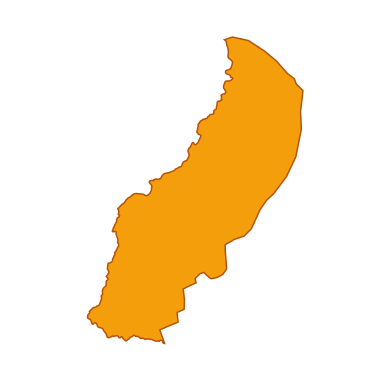 outline of La Paz, Canelones, Uruguay, rotated 75°
{"feature_id": "84410073B15963405844434", "entity_name": "La Paz", "entity_type": "district", "adm_level": 2, "iso_a3": "URY", "parent_name": "Uruguay", "parent_adm1": "Canelones", "projection": "albers", "projection_center": [-56.267, -34.726], "detail": "fine", "context": "isolated", "style": "filled", "palette": "amber", "viewbox_px": 384, "rotation_deg": 75, "n_neighbors": 0, "source": "geoboundaries", "source_scale": "gbopen_adm2", "svg_char_len": 6096}
<svg xmlns="http://www.w3.org/2000/svg" viewBox="0 0 384 384"><g transform="rotate(75 192 192)"><path d="M53.3,121.3L54.6,120.3L55.7,120.1L57.0,120.1L59.2,120.4L61.2,120.1L64.0,120.2L66.8,120.8L70.2,122.1L71.4,122.2L72.4,121.9L73.8,120.7L75.5,119.6L76.2,119.3L77.8,119.5L81.1,121.4L82.4,122.5L82.7,122.8L83.1,123.7L83.5,125.0L83.4,127.1L83.8,128.1L84.4,128.5L85.3,128.7L86.6,128.3L86.8,127.9L87.3,127.4L87.7,126.6L89.1,125.0L89.9,124.8L90.6,125.0L91.4,124.7L92.0,123.6L92.3,123.4L92.5,123.3L92.9,123.3L93.2,123.5L94.2,125.7L94.4,126.5L94.4,127.5L93.8,129.2L93.8,131.0L94.7,131.9L97.3,133.8L99.1,134.5L99.7,134.6L100.2,134.5L101.8,133.8L102.5,133.8L103.3,133.4L104.5,133.6L104.8,133.9L105.7,135.3L105.7,135.6L105.4,136.2L105.4,136.6L105.8,138.3L106.1,138.8L106.4,139.0L107.0,138.8L107.6,138.9L109.2,139.5L110.0,139.3L110.7,139.3L111.0,139.7L111.0,141.0L111.6,141.9L111.6,142.2L111.2,142.7L111.1,143.0L111.1,143.3L111.4,144.0L112.2,144.6L114.1,145.2L116.1,146.4L117.0,146.6L117.8,147.0L118.4,147.6L118.4,148.5L118.8,148.9L119.1,149.7L119.7,150.0L120.4,150.1L120.9,150.5L121.3,150.7L121.5,150.6L122.0,151.0L122.2,152.2L121.9,153.9L121.9,154.6L123.0,155.9L123.6,157.4L124.4,157.9L124.6,158.3L124.6,159.8L125.1,160.8L124.8,161.1L124.7,161.5L124.7,162.8L125.0,163.2L125.3,163.7L125.4,164.3L125.7,164.7L125.6,165.5L126.6,166.5L127.3,166.8L127.5,167.2L127.4,167.7L127.7,168.1L128.2,168.5L129.1,168.8L130.0,168.7L131.4,169.9L132.2,170.2L132.8,170.1L134.4,171.5L135.5,171.7L135.9,171.6L136.5,171.0L136.9,171.1L137.5,171.0L137.9,170.8L138.6,169.9L139.3,168.8L139.6,168.7L139.9,168.8L140.7,169.1L142.7,170.9L143.2,171.1L143.7,171.9L144.1,172.2L145.0,172.7L145.4,173.1L146.3,174.2L146.6,174.8L146.6,175.0L147.0,175.5L147.1,175.9L147.1,176.7L146.8,177.2L146.5,177.4L146.1,177.5L145.1,177.6L144.9,177.8L144.7,177.9L144.6,178.6L144.9,179.3L148.4,182.3L148.7,182.6L148.7,183.3L149.0,183.6L150.7,185.1L152.3,185.3L155.0,185.1L155.6,185.2L157.0,186.0L158.8,187.6L158.9,187.9L159.8,188.6L160.3,189.4L160.5,189.9L160.3,190.4L160.3,190.9L160.4,191.5L161.1,193.0L162.9,194.5L163.6,194.9L164.2,195.5L164.6,196.0L164.7,196.6L164.6,198.1L165.0,199.1L165.5,200.9L165.5,201.7L165.7,202.3L166.7,203.5L166.9,206.0L167.2,207.5L167.4,209.4L167.2,211.2L167.1,213.3L167.2,214.5L167.5,215.2L168.7,216.8L169.3,217.5L170.5,218.4L170.9,219.0L171.0,219.7L170.9,221.8L170.2,223.4L170.1,225.3L170.5,226.0L170.9,225.8L171.1,225.9L171.0,226.4L170.5,227.5L170.3,228.5L170.4,229.8L170.7,230.3L171.1,230.7L171.9,230.6L172.6,230.4L173.4,230.0L175.1,229.3L175.8,229.3L176.8,229.6L180.2,231.0L182.2,232.9L183.4,234.8L183.7,236.0L183.6,237.3L183.0,238.3L182.0,239.0L181.4,239.9L180.9,241.1L180.3,243.3L179.3,245.4L178.8,247.4L178.8,248.3L179.0,249.4L179.7,250.9L180.1,251.6L181.1,254.1L181.1,254.7L181.2,255.2L182.2,256.8L182.5,257.6L183.1,258.3L183.7,258.7L184.9,260.4L185.3,261.1L185.7,261.9L185.7,262.6L186.0,263.2L188.3,266.8L188.8,267.8L189.2,268.1L189.8,267.7L191.2,267.7L192.1,267.9L192.9,267.9L194.0,268.8L194.4,269.0L194.8,269.0L195.2,268.7L195.4,268.3L195.8,268.0L196.2,268.3L196.7,268.6L197.4,269.4L197.4,270.0L197.6,270.6L199.0,271.9L199.5,272.1L201.1,272.4L201.5,272.6L202.1,273.6L203.2,274.4L203.6,274.9L204.4,275.2L204.8,275.6L205.0,276.1L205.9,276.6L206.2,277.1L207.2,277.8L208.2,278.1L209.0,279.0L209.5,279.1L209.9,278.6L209.9,278.2L210.1,277.8L210.3,277.5L210.1,276.6L210.2,276.2L210.5,275.9L211.3,275.5L211.8,275.7L212.3,276.1L212.7,276.2L216.1,276.1L217.7,275.8L219.8,276.1L221.5,277.0L222.9,276.5L224.0,276.5L225.6,277.2L226.0,278.1L227.5,279.1L228.5,280.2L228.9,280.2L229.4,280.6L230.1,281.8L230.6,282.4L231.5,282.3L231.9,282.4L232.2,282.8L233.0,283.2L233.8,284.1L234.2,284.2L234.6,284.7L235.3,285.0L235.7,285.6L236.3,286.1L237.5,286.4L238.1,286.9L238.6,287.4L238.8,288.3L239.3,289.5L239.4,290.0L239.1,290.7L239.1,291.2L239.3,291.5L241.2,292.5L242.2,292.8L243.9,293.5L244.5,293.7L245.7,293.2L246.4,293.1L247.1,293.2L247.6,293.0L248.1,293.0L248.7,293.4L249.8,294.8L250.2,294.9L250.5,295.3L251.1,296.4L251.4,296.7L252.3,296.4L253.5,295.6L254.6,295.7L255.0,296.0L255.5,297.1L255.8,297.7L257.1,298.3L259.3,299.0L260.0,299.3L260.8,300.1L261.6,302.0L263.0,303.5L263.5,303.6L264.3,304.2L267.3,304.7L267.7,305.0L268.3,306.0L268.9,306.6L269.3,306.8L270.3,306.5L272.4,307.4L273.7,308.5L275.6,309.7L277.2,311.1L277.5,311.5L277.5,313.1L277.7,313.8L278.0,314.1L278.2,314.8L278.3,315.9L278.1,316.9L278.2,317.4L278.5,318.0L280.0,320.6L280.0,320.9L280.3,321.3L280.6,321.4L281.0,322.1L282.3,322.2L282.6,322.5L283.6,324.2L285.4,325.2L285.9,325.3L286.5,325.4L287.1,325.2L287.9,324.4L288.8,323.2L291.0,322.8L293.1,322.7L293.8,322.3L294.0,321.9L294.0,321.5L293.3,320.3L293.2,319.6L293.4,319.3L294.0,318.5L295.4,318.0L296.8,318.1L297.7,317.8L298.1,317.6L298.9,316.7L299.6,315.1L300.6,314.0L301.3,313.6L303.1,313.2L304.8,312.5L306.1,311.7L308.0,311.7L309.1,311.5L309.3,311.3L309.7,311.5L310.4,311.3L311.2,310.2L311.2,309.8L311.1,308.0L310.5,306.1L311.0,305.6L311.2,305.2L311.1,303.0L311.7,301.1L312.2,300.6L313.6,300.3L314.2,299.7L314.2,299.4L313.6,298.0L313.5,297.6L314.0,296.9L315.5,296.5L317.7,295.2L318.6,294.5L318.8,294.1L318.7,293.5L317.8,292.2L317.7,291.3L317.5,290.7L317.0,290.0L316.4,289.4L316.3,289.1L316.2,288.6L316.2,286.9L315.3,285.8L315.3,285.2L315.7,284.6L316.9,283.7L317.4,282.3L317.5,281.5L317.8,281.1L318.9,280.5L319.8,279.9L320.2,279.4L320.4,278.7L320.2,277.8L320.5,277.1L322.3,275.4L322.4,275.0L322.1,274.3L322.4,273.5L322.4,272.9L322.6,272.1L323.4,270.7L323.8,269.6L324.5,268.4L326.6,265.8L326.8,265.2L327.0,263.7L327.7,262.6L327.8,262.2L327.0,260.9L327.5,259.9L327.8,259.5L328.4,259.1L329.8,259.2L330.6,258.8L331.2,257.7L316.8,258.8L315.1,247.0L314.1,239.2L304.5,237.5L303.3,230.0L293.8,227.1L283.4,225.6L282.0,218.6L280.7,211.5L276.5,211.5L273.0,205.5L272.7,201.5L278.1,198.1L280.7,196.1L281.1,190.1L279.6,183.6L275.2,178.4L257.4,175.1L251.5,173.6L248.7,163.1L248.1,153.2L242.9,144.2L226.7,130.8L219.3,122.2L214.9,113.7L201.7,96.9L185.0,82.7L159.6,70.1L142.6,66.4L122.8,58.6L114.8,63.3L109.0,63.9L102.3,69.1L87.3,76.6L74.4,85.7L60.3,98.3L52.8,112.8L53.3,121.3Z" fill="#f59e0b" stroke="#b45309" stroke-width="1.5"/></g></svg>